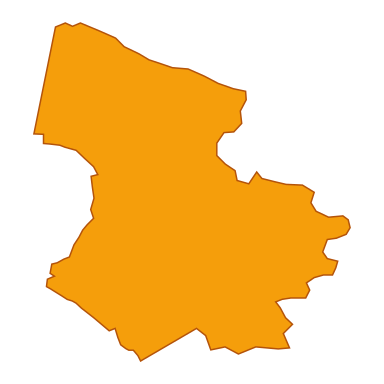 outline of Morfou, Cyprus
{"feature_id": "46923920B39754802683787", "entity_name": "Morfou", "entity_type": "district", "adm_level": 2, "iso_a3": "CYP", "parent_name": "Cyprus", "parent_adm1": "", "projection": "orthographic", "projection_center": [32.978, 35.222], "detail": "fine", "context": "isolated", "style": "filled", "palette": "amber", "viewbox_px": 384, "rotation_deg": 0, "n_neighbors": 0, "source": "geoboundaries", "source_scale": "gbopen_adm2", "svg_char_len": 1441}
<svg xmlns="http://www.w3.org/2000/svg" viewBox="0 0 384 384"><path d="M292.5,324.3L285.5,317.7L280.2,307.8L275.7,301.9L282.2,299.3L290.7,298.0L305.7,298.0L309.7,290.1L306.4,282.9L314.2,277.6L323.4,275.0L332.5,275.0L335.8,267.8L337.7,261.2L327.3,258.6L322.7,252.0L327.3,239.5L336.4,238.2L346.2,234.3L350.1,227.7L348.2,219.8L342.9,215.9L328.6,217.2L316.1,211.3L310.9,202.8L314.2,192.3L302.4,185.1L286.1,184.4L275.0,181.8L261.9,178.5L256.7,172.0L248.8,183.8L237.1,180.5L235.1,170.7L225.3,164.1L216.8,155.6L216.8,143.1L224.0,132.6L233.8,131.9L241.7,123.4L240.3,111.0L246.2,99.8L245.6,91.3L233.2,88.7L218.1,83.4L204.4,76.2L188.1,69.0L172.4,67.7L160.7,63.7L148.9,59.8L139.1,53.9L124.1,46.7L115.6,38.1L99.3,30.9L80.4,23.0L72.5,26.3L65.3,23.0L55.5,27.0L33.9,133.9L43.5,134.3L43.5,143.5L49.7,144.0L59.8,145.2L65.2,147.3L76.1,150.3L84.9,158.7L93.6,166.7L97.8,174.6L91.1,176.3L92.4,187.2L94.0,198.2L90.7,209.5L93.6,218.3L87.3,224.6L82.7,230.1L79.0,237.2L74.0,244.8L69.4,257.0L63.9,259.1L57.2,262.8L51.8,264.1L50.1,273.3L54.4,276.2L47.4,279.2L46.5,286.2L46.5,286.6L50.6,288.9L53.6,290.8L56.5,292.6L61.5,295.7L67.2,299.4L72.3,301.0L76.0,303.1L81.5,308.2L93.7,317.7L109.2,330.8L115.1,328.4L117.8,337.3L120.7,344.8L125.8,348.6L128.8,350.2L133.3,350.2L137.9,355.6L140.6,361.0L196.5,328.4L205.7,335.6L210.8,349.9L225.1,346.9L238.4,354.0L255.8,346.9L278.2,348.9L289.5,347.9L283.3,333.5L292.5,324.3Z" fill="#f59e0b" stroke="#b45309" stroke-width="1.5"/></svg>